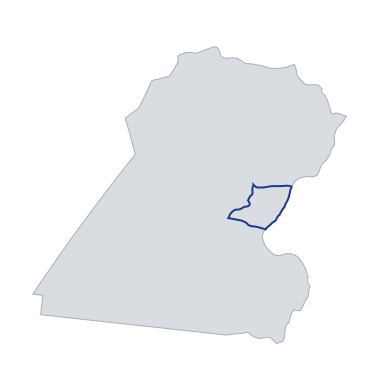 Libya, with Surt highlighted, rotated 100°
{"feature_id": "LBY-2985", "entity_name": "Surt", "entity_type": "Municipality", "adm_level": 1, "iso_a3": "LBY", "parent_name": "Libya", "parent_adm1": "", "projection": "albers", "projection_center": [17.512, 29.873], "detail": "coarse", "context": "in_parent", "style": "outline", "palette": "blue", "viewbox_px": 384, "rotation_deg": 100, "n_neighbors": 0, "source": "natural_earth", "source_scale": "10m", "svg_char_len": 3668}
<svg xmlns="http://www.w3.org/2000/svg" viewBox="0 0 384 384"><g transform="rotate(100 192 192)"><path d="M52.5,111.1L54.7,110.2L57.8,109.2L59.4,108.4L60.1,107.6L62.5,104.6L63.8,103.0L65.5,100.7L66.3,99.0L66.4,97.5L66.3,95.6L65.4,91.1L64.6,86.7L65.5,85.0L66.2,84.3L67.7,82.3L68.3,81.9L71.3,81.5L72.5,80.2L73.5,78.6L73.8,77.7L75.2,76.8L76.8,76.0L77.8,74.8L81.0,73.1L83.9,71.6L87.3,69.9L89.9,68.7L90.5,67.5L90.5,66.4L89.2,64.0L89.4,61.1L89.6,58.8L89.8,57.4L90.6,53.5L90.7,53.0L93.2,54.4L95.9,55.1L103.7,60.2L106.2,61.0L111.8,61.8L118.5,60.1L121.0,59.8L125.2,61.8L127.1,62.4L130.4,62.6L135.8,64.5L137.2,65.1L140.4,67.9L141.9,68.7L153.3,71.4L154.8,73.1L156.4,76.2L156.4,80.1L157.2,82.9L158.6,86.5L160.2,89.1L162.1,91.3L164.3,92.7L169.4,94.7L175.1,95.6L180.9,95.9L190.8,98.6L199.3,101.8L201.3,103.3L205.6,104.8L214.1,112.1L218.8,114.6L222.1,115.1L225.1,114.6L230.3,111.9L232.5,110.4L237.6,103.9L239.3,100.5L239.9,98.1L239.7,95.8L239.0,93.6L237.5,91.4L236.4,88.5L235.6,83.1L236.4,79.4L237.3,77.2L238.9,74.9L243.1,70.4L247.3,67.3L254.8,63.0L259.2,62.9L261.0,62.4L264.5,59.4L266.0,59.3L268.1,59.9L274.0,59.4L276.7,60.1L279.9,61.7L283.9,62.6L286.8,63.6L289.8,64.9L290.7,68.3L290.4,69.4L290.4,70.7L293.6,73.0L302.5,73.6L304.3,74.2L306.9,75.9L308.5,76.3L314.5,76.2L318.1,75.6L321.5,76.1L322.8,76.6L324.1,78.0L325.9,81.3L326.6,82.5L326.0,83.1L325.1,84.4L324.6,85.5L323.1,87.4L321.9,89.3L322.2,92.1L322.7,94.9L323.7,97.6L324.7,100.6L324.6,102.6L324.1,105.1L323.4,107.2L321.1,111.6L320.7,112.7L320.9,114.1L322.9,119.0L323.1,120.6L324.4,125.4L325.5,129.3L326.7,132.3L326.9,133.2L327.2,137.7L327.5,142.3L327.8,146.9L328.1,151.5L328.4,156.1L328.7,160.7L329.0,165.2L329.3,169.8L329.6,174.4L329.9,179.0L330.2,183.6L330.5,188.1L330.8,192.7L331.1,197.3L331.4,201.9L331.7,206.4L332.0,211.0L332.3,215.6L332.6,220.1L332.9,224.7L333.2,229.3L333.5,233.8L333.8,238.4L334.1,243.0L334.4,247.5L334.7,252.1L335.0,256.6L335.3,261.2L335.6,265.7L335.9,270.3L336.2,274.8L336.5,279.4L337.1,289.5L337.8,299.5L338.4,309.6L339.1,319.6L338.9,319.7L338.9,319.8L334.0,320.1L329.2,320.4L324.4,320.7L319.6,321.0L319.8,323.5L319.9,326.0L320.1,328.5L320.2,331.0L310.6,326.8L301.0,322.5L291.5,318.1L282.0,313.7L272.5,309.3L263.1,304.8L253.7,300.3L244.4,295.7L235.1,291.1L225.8,286.5L216.6,281.8L207.4,277.1L198.2,272.3L189.1,267.5L180.1,262.7L171.0,257.8L164.8,254.4L158.0,257.5L152.7,260.0L145.6,263.2L137.5,267.3L131.2,270.5L130.7,270.4L124.4,264.5L119.6,260.0L117.4,258.6L108.1,256.0L98.8,253.4L89.1,250.6L87.5,246.9L85.7,242.8L83.3,237.6L81.8,234.5L81.3,234.0L74.0,231.1L66.2,228.3L61.5,229.5L60.7,229.3L59.5,228.3L58.2,227.0L57.7,225.2L56.0,222.8L54.6,217.4L54.7,213.1L54.5,211.6L50.8,205.4L47.5,199.7L45.3,196.0L44.9,194.3L45.4,192.3L46.5,190.6L50.2,188.7L53.5,186.6L54.1,185.0L54.6,180.6L53.6,179.1L53.0,176.5L52.5,172.9L52.5,170.6L54.3,166.1L56.2,161.5L55.5,156.2L55.5,145.6L56.5,137.3L56.3,134.3L56.1,133.0L55.3,129.0L54.3,124.9L53.8,123.4L52.4,120.0L49.9,115.8L48.7,113.2L50.7,112.0L52.5,111.1Z" fill="#d9dde1" stroke="#a8b0b8" stroke-width="1"/><path d="M169.6,94.8L173.5,95.5L179.9,95.7L183.7,96.5L187.5,97.8L191.1,98.5L192.9,99.7L198.3,101.6L199.6,101.8L200.3,102.8L200.9,103.2L205.3,104.6L206.4,105.4L208.0,107.3L212.3,110.4L213.8,112.0L216.0,112.9L215.2,120.6L215.0,124.0L215.4,127.5L214.8,130.5L212.7,133.6L211.6,137.8L211.4,143.7L211.4,151.7L206.5,150.3L204.0,148.6L202.1,146.6L200.6,141.5L197.5,137.9L196.4,134.5L194.9,133.1L193.5,133.1L192.2,133.9L190.5,135.4L186.1,134.1L184.2,132.4L181.9,132.2L180.0,132.9L176.6,133.1L174.5,132.6L174.2,132.7L175.8,130.3L176.2,128.2L175.1,122.3L172.3,114.3L171.0,106.5L169.2,99.1L169.2,95.7L169.6,94.8Z" fill="none" stroke="#1e3a8a" stroke-width="2"/></g></svg>